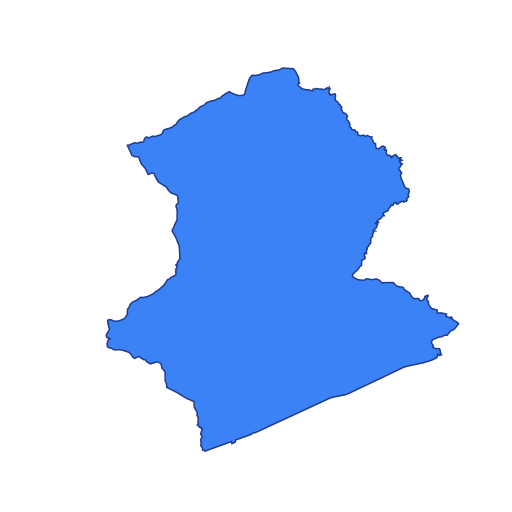 Pailitas, Cesar, Colombia, rotated 246°
{"feature_id": "7082276B45441685254380", "entity_name": "Pailitas", "entity_type": "district", "adm_level": 2, "iso_a3": "COL", "parent_name": "Colombia", "parent_adm1": "Cesar", "projection": "natural_earth1", "projection_center": [-73.578, 8.949], "detail": "fine", "context": "isolated", "style": "filled", "palette": "blue", "viewbox_px": 512, "rotation_deg": 246, "n_neighbors": 0, "source": "geoboundaries", "source_scale": "gbopen_adm2", "svg_char_len": 6112}
<svg xmlns="http://www.w3.org/2000/svg" viewBox="0 0 512 512"><g transform="rotate(246 256 256)"><path d="M98.5,129.9L96.5,158.0L94.4,157.6L94.3,158.2L94.6,158.6L94.3,159.8L94.5,161.4L96.2,162.5L95.0,179.1L95.5,181.1L95.3,182.8L95.0,182.9L94.9,184.7L96.1,264.9L95.8,268.4L93.0,280.9L92.7,283.9L94.3,345.6L93.8,349.5L90.3,366.0L90.5,366.1L89.7,370.5L89.4,374.8L89.6,380.0L90.1,380.1L91.1,381.5L92.0,381.7L92.4,382.2L92.3,382.6L90.5,383.2L90.3,385.3L93.0,385.2L95.2,386.0L96.8,385.8L98.1,382.7L100.4,380.4L101.9,381.5L105.1,380.9L106.9,382.1L107.7,383.9L107.6,389.4L106.7,393.4L106.9,396.1L105.9,398.4L108.5,403.4L108.3,406.5L108.9,408.3L111.7,413.5L113.7,412.9L116.8,410.4L117.9,410.2L119.4,409.1L119.8,409.5L120.2,409.2L120.5,409.8L120.8,409.5L120.3,408.7L120.9,408.8L120.8,407.9L123.8,405.0L125.5,406.4L128.9,401.7L130.0,398.5L130.6,398.3L133.0,399.6L136.8,394.8L141.7,394.0L144.6,395.0L146.5,394.1L148.4,395.4L149.5,397.0L150.3,397.1L150.4,393.9L148.6,392.3L147.9,390.8L147.8,389.1L148.3,387.9L148.8,387.5L150.5,387.5L151.2,387.0L152.4,383.7L153.5,382.5L155.6,381.7L159.7,381.3L165.2,377.7L167.1,377.8L167.8,377.4L169.7,374.1L171.9,371.9L175.9,370.6L178.7,364.3L179.9,360.8L180.3,360.2L183.6,358.9L186.0,356.8L187.4,351.8L189.5,349.1L190.3,347.5L189.8,344.9L192.4,340.2L193.7,338.7L197.7,335.8L198.9,336.1L200.2,337.5L202.3,343.9L204.0,346.3L204.5,348.5L209.4,351.0L209.0,352.6L209.4,354.7L210.8,355.3L212.0,355.0L214.3,356.1L214.4,356.7L213.3,357.3L213.2,357.9L216.2,359.1L217.1,360.6L218.4,360.4L219.3,363.2L220.7,364.1L220.8,365.7L222.7,366.9L224.3,367.1L225.9,369.0L226.6,370.7L228.8,371.4L229.0,372.4L229.6,372.9L231.2,373.0L230.5,375.0L231.3,374.4L231.9,374.7L232.7,376.2L232.9,377.7L234.3,378.3L235.0,379.7L236.7,379.7L236.7,378.6L237.3,378.4L237.4,379.5L236.7,381.4L236.9,381.8L237.5,381.7L238.3,380.6L239.1,381.4L239.7,385.8L241.2,388.0L240.6,389.6L242.9,389.4L243.5,389.7L243.9,395.3L245.4,396.6L246.6,399.4L247.8,400.3L247.5,401.1L246.7,401.5L247.1,402.6L248.1,403.3L248.3,404.4L247.9,405.9L246.6,405.5L246.0,406.0L245.8,407.2L246.5,408.8L246.3,410.2L246.8,411.8L246.5,412.4L245.1,412.8L245.4,414.2L244.8,415.6L245.4,416.6L247.2,417.1L247.9,419.6L249.9,419.8L252.5,422.2L255.2,422.8L256.8,420.6L258.9,420.0L268.7,420.3L270.9,420.8L272.9,423.0L274.1,422.3L275.1,422.6L277.2,421.7L278.2,422.4L279.0,424.5L280.5,425.5L280.4,426.9L280.7,427.2L281.8,426.1L283.4,425.4L284.0,426.3L284.0,428.4L284.6,428.1L285.0,426.1L285.4,426.2L286.8,428.4L287.7,425.5L289.5,425.8L290.1,424.8L291.7,425.0L292.0,422.6L291.4,421.6L291.5,420.6L290.8,420.3L290.8,419.6L291.2,419.4L292.7,419.8L293.5,419.1L294.7,417.0L297.4,416.8L299.8,418.3L300.9,416.6L301.8,416.7L302.4,418.3L304.5,417.2L305.0,415.6L304.0,412.1L305.3,409.8L307.3,409.8L309.7,410.9L311.9,409.4L314.2,409.7L316.0,409.3L317.7,410.3L318.5,408.4L320.3,407.3L321.0,406.4L320.6,404.6L322.6,403.5L323.5,399.8L325.3,398.5L326.2,398.4L327.1,399.1L328.1,399.0L329.3,397.6L331.2,397.6L331.3,396.6L332.4,395.0L334.3,395.1L335.5,394.3L336.5,394.4L337.6,395.2L338.8,395.1L339.8,395.6L340.7,395.2L341.9,395.3L343.3,394.5L345.3,394.9L346.3,396.4L348.0,396.3L350.1,395.5L350.7,394.6L352.0,393.7L355.7,393.7L357.0,394.9L358.5,394.2L359.7,394.4L360.9,393.4L361.7,393.7L362.7,393.5L366.2,391.8L367.0,392.4L368.4,392.3L369.7,393.8L371.9,394.2L372.6,392.1L372.5,389.8L373.1,389.3L374.1,389.6L374.8,388.6L377.3,390.0L377.9,391.0L378.9,391.7L380.4,391.5L379.5,390.7L379.4,390.1L379.7,389.6L380.5,389.7L380.8,389.0L380.3,387.1L380.6,385.0L382.1,383.6L382.3,382.0L383.5,381.0L384.6,378.8L384.6,377.6L385.2,376.0L383.9,374.9L384.0,374.5L386.1,372.2L387.6,369.3L389.9,366.2L394.1,364.1L396.1,364.3L396.3,366.2L397.1,365.8L401.7,367.5L408.2,367.2L411.5,366.5L412.3,365.6L416.6,357.3L416.9,356.2L416.6,353.7L416.9,351.2L417.9,348.1L417.9,345.3L419.0,340.3L420.2,337.1L420.2,333.1L421.2,328.4L422.1,327.5L422.6,325.6L421.7,323.7L420.3,321.7L411.2,313.4L409.6,312.5L408.3,310.8L408.3,308.5L409.8,305.1L414.0,300.6L417.0,298.4L416.7,294.5L415.7,289.3L414.5,287.7L415.2,286.0L415.1,280.8L416.0,277.4L416.2,273.7L416.0,272.4L415.0,270.6L414.9,265.4L413.5,262.0L413.4,259.8L412.7,258.8L412.9,254.3L411.8,249.6L412.3,247.6L411.7,241.6L409.8,237.8L408.8,236.6L408.6,234.2L407.8,232.3L408.0,227.8L408.5,225.8L408.6,223.0L407.3,221.2L406.1,220.5L405.5,218.4L406.2,212.7L407.6,210.0L407.4,206.7L407.7,205.7L409.0,205.1L409.2,204.2L408.8,202.3L407.5,200.9L406.4,200.2L406.0,199.0L407.2,195.9L407.2,193.8L408.9,190.9L409.0,184.6L409.5,183.5L398.5,183.6L396.4,185.2L394.5,188.6L393.1,189.3L391.2,188.8L386.7,188.7L381.0,190.5L374.4,190.6L374.1,194.7L373.0,196.4L367.3,196.4L363.1,197.0L355.5,202.1L351.9,202.7L348.4,203.9L344.1,208.1L343.0,208.8L336.2,206.8L335.2,204.1L334.0,203.1L329.8,202.6L321.0,198.5L317.7,194.4L315.5,192.5L314.1,190.2L312.3,189.6L306.2,190.3L296.2,189.9L284.5,185.4L282.0,181.4L280.6,180.8L280.4,179.1L278.1,179.7L276.4,177.2L274.8,176.8L274.1,176.0L272.7,176.0L271.9,175.5L271.2,174.2L271.0,169.3L270.2,168.0L270.4,165.8L266.7,159.8L264.6,153.1L264.2,149.5L263.3,146.9L263.1,140.4L263.9,136.4L265.2,133.7L264.3,129.7L264.0,123.6L263.4,122.3L260.5,118.7L259.9,117.3L256.5,115.2L254.8,115.1L254.2,113.2L252.3,110.6L252.4,105.0L253.1,102.0L254.7,99.2L256.4,98.1L256.6,97.0L257.2,96.8L257.7,95.6L257.5,94.4L256.5,93.8L248.3,92.1L245.5,87.9L244.1,86.8L242.5,86.6L239.8,89.0L239.6,87.2L238.4,85.9L236.2,84.1L234.3,83.6L232.8,83.6L230.4,86.4L228.1,88.2L227.0,90.1L226.2,92.7L224.3,95.7L219.6,100.8L216.2,102.2L213.5,102.3L211.6,103.8L212.0,105.9L211.6,108.5L209.6,109.4L206.8,111.3L206.6,112.2L205.9,112.9L203.8,113.1L202.6,114.3L201.2,114.7L200.1,116.7L200.4,117.8L199.7,119.0L200.1,120.0L199.3,122.9L196.7,125.3L193.0,124.9L192.1,124.4L188.8,125.5L186.2,125.5L179.2,122.3L175.5,122.2L172.2,121.0L163.7,128.1L154.0,134.8L148.2,140.2L143.2,138.1L136.8,138.6L134.5,137.3L132.1,137.5L129.5,136.5L128.0,135.4L126.8,135.3L125.5,133.7L123.7,134.9L122.6,134.5L121.7,136.3L120.6,135.7L119.8,136.6L116.2,133.2L115.3,132.9L114.3,133.5L113.0,133.3L110.7,130.8L107.4,129.8L105.1,128.4L102.2,129.0L100.6,128.3L99.2,129.8L98.5,129.9Z" fill="#3b82f6" stroke="#1e3a8a" stroke-width="1.5"/></g></svg>